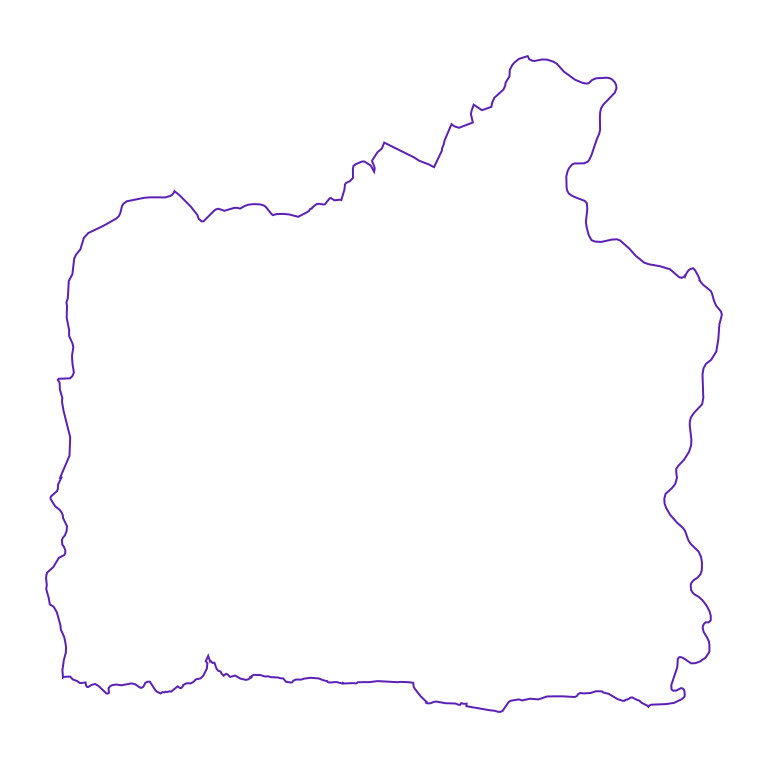 outline of Quebradanegra, Cundinamarca, Colombia
{"feature_id": "7082276B19995053800747", "entity_name": "Quebradanegra", "entity_type": "district", "adm_level": 2, "iso_a3": "COL", "parent_name": "Colombia", "parent_adm1": "Cundinamarca", "projection": "orthographic", "projection_center": [-74.5, 5.107], "detail": "fine", "context": "isolated", "style": "outline", "palette": "violet", "viewbox_px": 768, "rotation_deg": 0, "n_neighbors": 0, "source": "geoboundaries", "source_scale": "gbopen_adm2", "svg_char_len": 6011}
<svg xmlns="http://www.w3.org/2000/svg" viewBox="0 0 768 768"><path d="M693.2,268.3L690.4,269.0L688.6,270.3L686.7,272.9L685.0,276.6L684.7,275.9L684.2,276.7L681.6,277.9L678.9,277.0L670.1,269.3L660.0,266.2L649.1,264.3L644.3,262.7L635.8,255.9L629.4,248.7L620.0,240.4L616.9,239.3L611.7,239.6L601.4,241.9L595.2,241.6L591.5,240.2L588.7,235.0L586.7,227.5L585.9,222.0L587.3,209.1L586.9,203.3L584.8,200.9L575.8,197.5L571.5,195.5L568.8,193.5L567.4,191.1L566.6,187.9L566.3,176.5L567.6,171.1L568.9,168.4L571.9,164.6L574.2,163.5L584.2,163.3L587.8,161.7L589.3,159.7L591.5,155.0L596.9,139.0L599.3,133.5L600.1,129.6L599.9,117.3L600.2,112.2L601.0,108.4L603.4,104.5L614.9,92.6L616.5,88.2L616.1,84.9L614.7,82.2L612.0,79.3L609.5,78.1L606.8,77.7L596.1,78.3L592.3,79.9L588.6,83.2L586.3,83.6L582.4,82.8L575.0,79.7L564.1,71.8L556.6,63.6L553.3,61.6L546.8,59.6L541.8,59.5L534.4,61.0L532.0,60.6L529.3,59.3L527.7,56.1L518.9,58.9L514.3,62.7L512.1,65.3L509.8,70.0L509.5,76.3L505.6,82.6L505.2,85.8L503.4,89.6L494.3,97.8L492.0,103.2L491.4,106.8L482.0,110.2L473.7,104.7L471.6,110.7L470.9,113.9L472.8,122.5L459.0,127.8L454.4,126.3L451.5,124.2L444.6,140.4L443.7,144.6L442.1,148.2L441.9,150.6L434.0,167.2L428.8,164.4L419.3,160.8L414.2,157.5L384.2,142.6L381.8,148.7L377.5,152.2L372.3,160.3L372.1,161.4L374.2,166.2L374.7,168.7L374.1,171.7L370.8,165.6L364.9,161.8L363.3,161.4L361.6,161.7L355.7,164.2L353.5,165.9L352.9,169.0L353.0,177.9L349.8,181.2L346.1,182.9L345.0,184.4L344.4,189.7L341.3,200.1L340.1,199.7L334.4,200.3L330.9,198.1L329.7,198.3L325.0,204.2L323.5,204.5L319.0,203.8L316.6,204.1L312.4,207.4L311.7,208.7L310.3,208.8L309.1,210.7L307.1,212.2L298.1,216.8L289.4,214.5L283.8,213.9L276.8,214.1L272.8,215.1L271.3,213.8L265.8,206.9L263.7,205.4L260.2,204.4L253.6,204.1L248.4,204.7L244.9,205.9L240.1,208.6L237.4,207.9L234.2,207.9L224.3,210.8L218.6,208.8L217.5,208.9L215.3,209.7L213.8,211.0L203.5,221.3L201.6,221.3L198.6,218.7L197.3,214.8L190.6,206.4L179.9,195.6L174.4,191.1L173.9,192.6L171.9,195.0L170.0,196.0L165.4,197.4L150.5,197.3L144.2,197.8L126.8,201.3L123.7,203.5L122.1,205.7L120.2,213.4L118.8,216.2L116.4,218.5L103.0,226.0L88.3,233.0L83.9,237.8L80.4,249.3L76.1,254.6L74.2,258.6L72.4,274.2L68.8,280.9L67.8,298.3L66.4,302.5L67.0,305.8L66.7,317.8L69.1,329.8L69.1,335.9L72.6,343.7L73.3,347.4L72.1,355.1L72.1,358.6L72.5,364.0L73.9,372.5L72.4,376.0L70.1,378.3L58.7,378.8L57.8,380.0L59.6,382.6L59.9,389.5L62.3,397.8L62.0,401.8L63.5,410.6L70.2,437.3L69.5,455.7L60.1,477.7L61.3,477.7L58.0,484.7L57.9,488.6L57.1,491.0L51.0,496.4L50.5,497.9L50.7,499.2L55.2,506.3L59.6,509.8L61.6,512.4L62.8,515.3L63.1,518.1L67.0,526.2L66.6,531.1L64.9,535.4L63.0,537.6L61.9,540.0L62.3,544.7L63.8,546.6L65.3,550.3L65.3,553.0L64.3,555.0L58.8,557.9L53.3,567.1L47.2,572.5L46.3,575.3L46.1,578.2L46.8,585.2L46.2,588.9L48.9,598.7L49.8,604.4L53.6,606.6L56.9,612.4L60.4,625.1L60.8,629.5L64.2,637.0L65.4,642.7L66.1,647.4L65.8,652.7L63.8,660.2L62.4,670.3L63.0,677.4L63.5,676.9L70.1,676.6L72.9,679.5L77.0,681.0L80.0,683.1L85.6,682.5L86.2,685.8L87.0,686.9L88.2,687.0L91.9,684.8L95.2,684.0L98.7,686.1L106.3,693.4L107.6,693.6L109.0,692.8L108.5,688.3L110.3,686.1L112.4,685.1L116.3,684.5L121.4,685.3L131.5,683.4L135.3,684.3L139.6,687.4L141.3,687.9L143.3,686.8L145.5,682.7L147.0,681.9L149.8,681.6L155.3,690.1L157.0,691.7L160.7,693.5L162.4,692.1L164.3,692.4L165.3,691.7L167.1,692.1L169.4,691.3L171.2,691.6L177.7,686.3L180.1,688.1L181.4,687.9L182.5,686.8L183.3,684.9L184.4,684.3L187.1,683.2L190.6,683.4L193.6,681.8L196.0,679.3L200.5,678.4L203.4,675.5L206.8,668.7L207.4,663.2L205.8,661.2L208.2,655.8L210.0,661.2L210.3,660.7L212.5,662.9L214.4,662.7L216.6,668.9L218.4,670.9L220.7,671.6L221.6,673.7L223.6,675.7L226.1,673.8L227.5,674.4L230.0,676.9L235.3,675.6L240.4,678.6L246.0,679.9L248.2,679.3L251.1,677.6L250.3,677.0L253.8,674.8L260.6,675.1L264.9,676.5L268.3,676.3L270.5,677.1L278.1,677.5L280.1,678.2L283.1,678.4L286.1,681.8L290.5,682.5L292.1,682.4L293.4,680.7L296.0,679.5L301.2,679.6L304.2,678.6L310.6,677.8L318.6,678.4L323.7,680.4L327.2,681.1L327.7,682.1L328.5,682.3L331.0,682.5L336.2,682.0L342.7,683.6L342.8,682.9L344.6,683.5L352.0,683.1L356.2,683.4L358.0,682.2L369.7,682.1L377.5,681.1L397.7,682.2L400.2,681.9L408.7,682.2L413.2,682.8L413.7,686.8L415.0,689.0L420.6,696.2L426.6,702.0L426.1,702.7L427.3,703.3L430.3,703.3L434.2,701.8L436.5,701.6L445.3,703.2L455.1,703.5L459.2,704.9L460.3,704.8L461.2,703.1L463.6,703.8L466.6,703.7L466.4,706.2L490.1,710.3L494.3,710.7L498.4,711.9L500.6,711.8L502.4,711.1L508.8,701.9L510.3,700.9L512.0,700.5L519.0,699.4L522.2,700.4L530.1,698.7L538.4,699.4L547.3,696.4L561.9,696.3L574.8,697.0L576.9,696.0L578.3,693.9L580.2,693.0L583.7,693.4L590.6,693.0L596.1,691.2L602.0,691.4L603.3,692.5L608.9,693.9L617.5,699.1L623.0,700.9L624.5,700.8L625.8,699.6L627.5,699.6L630.6,697.6L632.2,697.4L637.4,700.1L639.1,700.5L641.8,702.9L647.3,705.6L648.3,706.7L648.6,706.0L651.1,704.7L665.9,704.1L674.0,702.9L681.7,699.2L684.4,696.9L684.8,695.3L684.4,691.2L683.8,689.6L682.9,688.6L681.0,688.1L676.5,690.5L673.4,690.8L671.5,689.4L671.3,685.1L677.3,667.1L677.8,658.9L679.2,657.2L680.8,657.1L683.4,658.1L691.0,663.3L695.2,663.2L700.2,661.4L705.7,657.5L709.4,651.7L709.4,644.5L708.8,641.2L707.3,637.9L703.7,632.0L702.7,628.2L702.9,625.9L703.9,624.0L705.6,622.3L708.8,622.3L710.7,620.4L710.8,615.9L709.5,611.2L706.5,605.5L702.5,600.3L698.8,596.9L694.7,594.5L692.5,592.5L691.1,589.9L690.7,585.2L691.3,583.0L693.6,580.2L697.5,577.7L700.5,574.3L701.8,570.2L702.0,563.0L701.0,556.8L698.6,551.6L690.5,543.7L688.2,539.8L685.0,530.8L682.9,527.9L676.7,522.3L670.3,515.0L666.2,508.0L664.6,503.6L664.3,498.6L665.6,493.8L672.2,487.8L675.2,484.1L677.0,477.6L676.2,472.4L676.3,468.7L678.5,465.6L684.1,459.7L689.1,451.7L691.1,445.3L691.4,439.8L689.8,426.0L689.8,421.7L690.9,417.3L694.4,412.4L702.1,404.3L703.3,398.0L702.5,374.3L703.5,368.4L705.9,363.9L711.2,359.8L716.3,351.5L718.3,339.3L719.4,324.3L721.9,314.6L720.9,311.4L716.2,305.8L714.0,300.7L712.1,294.0L710.9,291.1L702.9,284.6L699.5,280.4L699.8,280.1L698.5,276.5L695.2,270.5L693.2,268.3Z" fill="none" stroke="#5b21b6" stroke-width="2"/></svg>